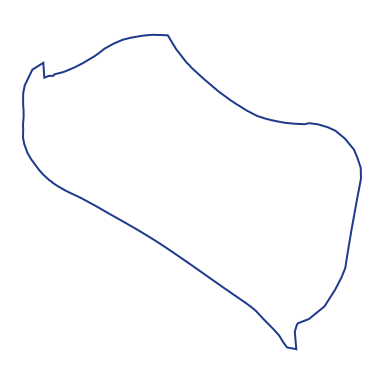 Lagos Island, Nigeria (Mercator projection)
{"feature_id": "59680162B72688390978538", "entity_name": "Lagos Island", "entity_type": "district", "adm_level": 2, "iso_a3": "NGA", "parent_name": "Nigeria", "parent_adm1": "", "projection": "mercator", "projection_center": [3.394, 6.453], "detail": "fine", "context": "isolated", "style": "outline", "palette": "blue", "viewbox_px": 384, "rotation_deg": 0, "n_neighbors": 0, "source": "geoboundaries", "source_scale": "gbopen_adm2", "svg_char_len": 1422}
<svg xmlns="http://www.w3.org/2000/svg" viewBox="0 0 384 384"><path d="M296.3,349.2L294.8,331.7L296.9,324.7L298.0,323.2L308.8,319.1L324.5,306.4L335.1,289.7L341.3,277.8L345.3,268.0L347.4,254.4L351.4,230.5L356.3,203.3L361.0,178.4L360.7,167.7L357.3,157.5L353.9,149.5L344.8,138.5L335.5,130.8L327.7,127.2L317.8,124.3L309.2,123.2L304.5,124.2L294.4,123.7L285.0,122.8L277.4,121.4L271.6,120.2L264.3,118.3L261.2,117.2L260.7,117.1L257.5,116.1L254.7,114.7L252.4,113.5L245.9,110.1L245.5,109.8L235.0,103.2L230.0,99.9L220.9,93.2L218.0,91.0L203.4,78.6L197.3,73.0L191.0,67.2L189.5,65.3L186.8,62.8L182.9,57.9L179.5,53.4L176.2,49.3L171.5,41.5L167.8,35.3L160.5,35.0L152.7,34.8L147.4,35.2L141.9,35.8L130.4,37.8L122.6,39.8L113.9,43.5L104.6,48.6L97.8,54.0L97.1,54.4L93.9,56.6L88.6,59.7L82.6,63.3L74.8,67.3L64.9,71.5L62.1,72.4L54.5,74.3L53.4,75.8L48.7,75.9L44.3,77.7L43.3,62.8L32.4,69.6L24.8,85.2L23.2,93.2L23.1,104.0L23.6,111.2L23.6,117.0L23.0,124.8L23.2,129.5L23.0,137.8L24.3,144.2L27.5,153.0L31.1,159.2L38.8,169.6L43.1,174.5L49.3,180.2L52.2,182.1L52.3,182.5L55.2,184.5L58.5,186.6L65.9,190.8L71.1,193.3L81.2,198.1L97.4,206.9L107.2,212.6L120.4,220.0L138.2,230.2L153.8,239.7L164.9,246.9L176.4,254.7L190.9,264.7L225.0,288.7L227.6,290.4L232.4,293.8L240.3,299.2L246.8,303.7L251.3,307.1L254.4,309.6L255.8,310.8L263.8,319.4L272.3,328.0L279.0,335.3L281.2,338.9L283.4,342.5L287.0,347.4L296.3,349.2Z" fill="none" stroke="#1e3a8a" stroke-width="2"/></svg>